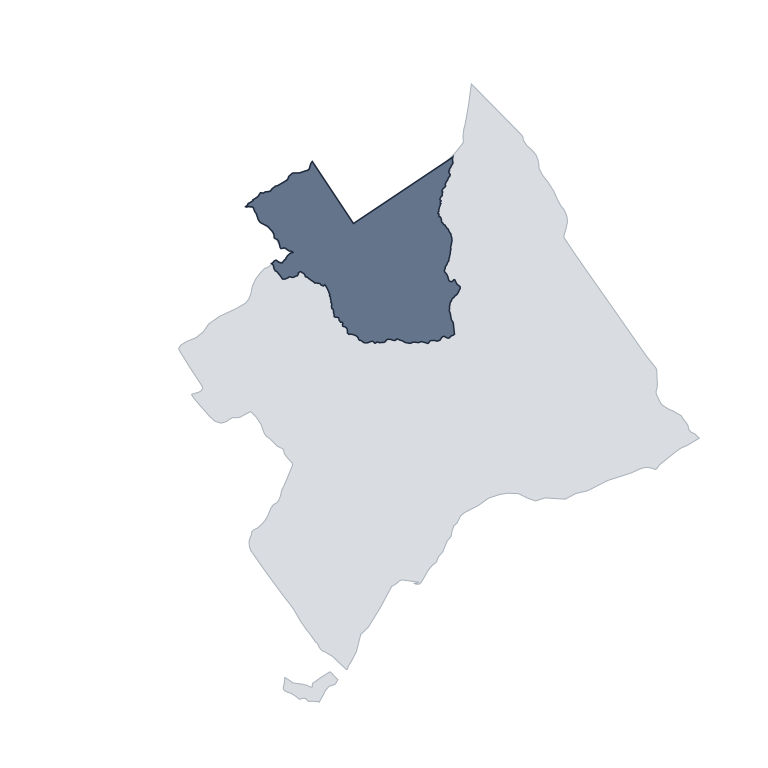 where Moxico sits in Angola, rotated 236°
{"feature_id": "AGO-1892", "entity_name": "Moxico", "entity_type": "Province", "adm_level": 1, "iso_a3": "AGO", "parent_name": "Angola", "parent_adm1": "", "projection": "albers", "projection_center": [20.805, -13.377], "detail": "fine", "context": "in_parent", "style": "filled", "palette": "slate", "viewbox_px": 768, "rotation_deg": 236, "n_neighbors": 0, "source": "natural_earth", "source_scale": "10m", "svg_char_len": 9822}
<svg xmlns="http://www.w3.org/2000/svg" viewBox="0 0 768 768"><g transform="rotate(236 384 384)"><path d="M608.3,368.4L609.1,373.4L609.8,380.3L610.3,385.2L610.9,387.5L611.1,388.6L610.4,389.9L609.8,392.9L608.8,395.5L608.1,397.3L608.6,400.7L607.7,410.6L607.5,415.6L608.7,424.4L608.5,427.1L605.4,435.2L604.5,439.2L604.3,441.3L607.4,447.3L607.2,448.5L604.8,448.9L602.8,448.9L534.1,448.4L533.6,551.4L533.6,560.2L535.7,571.8L539.7,584.5L541.2,585.7L545.2,588.0L550.8,592.8L553.9,596.4L560.3,602.7L568.7,610.7L583.9,624.2L532.5,633.8L512.9,637.4L511.2,637.3L508.2,635.9L501.9,635.7L494.5,637.6L488.7,638.1L484.3,637.2L480.1,635.5L475.9,633.1L468.8,632.2L458.6,632.9L448.7,632.5L439.2,630.9L432.5,630.3L428.4,630.7L424.0,630.2L419.3,628.8L415.4,626.4L410.7,621.5L406.9,616.7L406.0,616.0L404.8,615.3L403.7,615.1L383.4,615.0L259.6,617.2L245.3,618.4L244.2,618.2L242.4,617.7L241.1,616.7L237.0,614.1L233.4,612.1L228.5,608.7L225.3,605.0L222.6,603.9L218.0,603.3L214.5,602.8L211.6,602.7L206.7,604.6L203.0,606.5L200.3,608.4L195.8,610.5L191.9,612.6L185.1,612.6L183.6,612.9L179.8,612.9L176.1,611.3L172.5,611.6L168.6,613.9L162.8,615.0L163.6,600.7L164.8,594.3L164.6,586.7L163.0,567.2L161.9,564.6L161.1,561.4L164.6,558.9L166.4,557.0L168.8,553.7L170.4,549.1L172.1,538.9L178.9,515.6L181.7,492.8L185.9,481.9L187.2,469.8L199.5,453.9L202.3,444.3L208.8,439.4L218.0,434.1L224.5,425.1L227.5,418.8L230.9,407.0L230.5,394.7L232.4,378.2L231.7,373.5L228.0,367.1L227.2,362.4L223.8,357.9L220.2,354.6L218.4,348.4L212.0,338.9L210.2,332.4L207.1,327.8L206.5,322.1L204.7,316.1L201.6,310.1L198.5,303.4L198.4,301.2L200.1,298.6L201.8,297.6L201.3,299.0L200.2,300.5L200.5,301.7L211.6,289.3L212.2,286.9L211.7,284.3L211.6,281.1L211.9,277.3L200.4,255.4L191.2,235.1L189.4,224.7L177.5,211.4L172.7,202.6L169.9,196.5L167.9,194.2L168.6,193.0L171.5,192.5L178.0,190.9L187.0,189.0L195.2,185.1L197.3,183.5L201.7,183.0L206.2,183.8L207.9,183.1L208.8,183.0L219.4,182.7L223.7,182.3L231.8,182.2L237.0,182.3L239.9,182.6L247.8,183.1L257.6,182.7L261.1,182.3L274.0,181.7L298.2,180.8L310.8,180.6L320.5,180.4L324.9,181.7L329.0,184.1L330.8,186.3L331.7,187.2L332.9,189.6L335.2,191.4L336.0,194.3L335.4,198.2L335.8,203.0L337.2,208.5L339.9,214.2L344.0,220.2L345.9,225.0L345.4,228.6L346.7,232.3L349.7,236.3L351.9,238.4L353.2,239.9L356.7,246.0L367.9,262.9L369.5,263.7L371.9,263.4L377.0,262.6L382.1,262.4L385.7,263.9L387.1,263.6L392.5,260.6L397.9,259.7L403.5,258.4L406.4,257.2L409.9,257.1L419.1,259.4L420.8,259.5L428.3,259.5L435.7,258.1L436.8,248.3L436.8,246.4L438.6,242.7L440.9,239.5L441.1,236.4L441.0,232.2L442.6,227.1L447.6,223.0L455.7,221.1L460.3,220.7L467.6,219.6L478.6,218.4L482.7,218.5L483.0,219.1L480.7,226.1L480.7,228.4L481.5,230.7L483.4,232.0L505.3,232.3L526.5,233.1L527.7,233.5L528.6,234.0L529.9,237.5L529.6,244.3L527.5,254.2L528.3,263.5L531.8,272.2L532.1,285.5L529.2,303.4L528.5,314.7L530.1,319.5L533.5,324.4L538.8,329.6L542.8,336.4L545.6,344.7L546.6,349.9L545.8,352.0L545.8,355.7L546.7,361.0L545.7,364.5L542.8,366.2L541.9,368.6L543.3,373.2L543.6,377.3L545.5,380.0L546.9,380.2L549.8,378.7L553.3,376.0L556.0,374.9L560.0,375.0L565.5,375.9L575.2,376.2L578.2,375.8L587.3,372.1L589.6,371.9L593.2,372.3L598.2,373.4L603.4,373.7L605.9,372.6L606.1,371.1L606.9,369.1L608.3,368.4ZM196.1,137.4L195.5,138.0L191.4,139.8L186.9,141.5L181.2,148.0L178.3,150.8L177.5,151.5L174.8,153.1L172.9,154.5L173.0,155.2L174.4,156.0L175.7,157.3L176.0,167.6L175.7,177.8L175.0,178.7L171.3,179.2L166.4,180.0L164.8,180.5L164.2,179.6L162.4,175.9L163.2,172.3L164.1,169.7L162.8,164.3L160.1,159.6L157.2,153.7L156.4,152.5L158.6,150.5L161.8,146.1L163.2,143.8L167.1,143.2L168.5,141.6L169.5,139.1L169.8,137.6L174.2,136.3L179.5,134.0L182.4,131.6L185.4,130.0L187.3,129.9L188.5,130.5L192.1,134.4L195.1,136.8L196.1,137.4Z" fill="#d9dde1" stroke="#a8b0b8" stroke-width="1"/><path d="M534.1,448.4L533.6,561.9L533.6,567.3L533.7,568.1L533.1,567.4L532.1,566.5L531.0,565.8L529.0,565.0L528.5,564.6L528.2,564.1L527.2,561.7L526.3,560.5L526.1,559.7L525.4,558.2L525.1,557.9L524.3,557.7L524.1,557.4L524.1,556.9L523.8,556.3L522.7,556.0L521.6,556.1L520.6,556.0L519.6,555.0L518.8,552.4L517.6,551.0L517.3,550.3L516.8,548.7L516.1,547.6L515.4,546.4L515.1,546.2L513.8,545.9L513.3,545.1L512.9,542.2L512.2,540.5L511.7,540.0L511.1,539.8L510.3,540.1L510.1,539.3L509.7,538.9L508.6,538.4L507.6,537.6L507.4,537.3L507.6,536.8L507.6,536.5L506.5,534.3L505.6,533.4L504.7,533.6L504.0,533.8L503.6,533.4L503.3,532.4L503.0,532.0L502.7,531.8L502.4,531.8L501.8,532.1L501.6,531.5L500.6,530.4L499.9,529.2L496.8,525.9L496.6,525.8L496.3,525.9L496.2,525.7L496.1,525.1L495.3,524.1L494.5,524.6L493.9,524.5L492.8,523.6L492.0,523.2L491.6,523.5L491.4,523.9L490.8,524.1L489.4,523.9L488.1,523.5L486.3,522.4L485.8,522.3L485.5,522.3L484.9,522.7L484.7,522.8L483.6,522.6L483.0,522.6L482.2,523.0L481.6,523.4L481.5,523.5L480.9,523.3L478.3,523.3L476.7,523.8L473.9,523.3L472.6,523.2L471.0,523.4L469.3,522.5L467.4,522.0L464.4,520.3L463.5,519.1L461.7,517.6L460.7,516.2L459.5,515.3L458.6,515.1L458.2,514.5L457.6,514.2L457.0,513.3L454.9,511.7L453.2,509.7L452.2,508.9L451.7,508.0L451.3,507.7L450.3,507.0L449.9,506.6L449.7,506.2L449.3,504.9L448.7,504.0L448.2,503.4L447.9,503.0L447.1,500.8L446.5,500.0L445.5,499.3L444.6,497.9L444.0,497.2L442.8,497.0L439.8,497.4L436.7,496.8L435.0,496.1L433.8,495.8L432.8,495.9L431.9,496.3L431.2,496.9L431.0,497.6L431.0,498.4L431.4,500.1L431.2,500.7L430.5,501.0L428.0,500.5L426.5,500.4L425.3,500.5L422.8,501.4L422.3,501.5L420.9,500.9L420.0,499.6L419.8,498.8L419.1,498.1L418.7,497.1L418.2,496.4L417.9,495.4L417.5,494.8L417.3,493.6L417.5,492.8L417.2,492.1L417.1,491.3L416.5,489.9L416.6,489.5L416.8,488.9L416.8,488.6L416.5,488.0L415.8,487.2L415.4,486.4L415.0,485.9L414.8,485.5L414.8,485.0L414.7,484.8L414.0,483.9L413.6,483.5L412.3,482.5L411.9,481.8L411.5,481.4L410.9,481.2L410.5,481.0L408.2,479.1L407.3,478.8L406.1,478.6L404.7,478.1L400.0,475.9L398.7,475.7L397.9,475.8L396.9,475.8L395.7,475.5L387.1,470.9L386.0,470.5L385.7,468.7L386.3,466.5L386.1,465.5L385.8,464.6L385.7,463.8L386.1,462.9L386.7,462.3L387.9,461.5L389.5,460.8L390.2,460.1L390.4,459.1L390.1,457.5L389.2,455.3L389.0,454.5L389.7,452.8L389.7,452.1L390.4,451.4L391.3,450.8L391.9,450.2L392.5,449.1L393.7,447.4L393.9,446.2L393.2,444.3L393.1,443.5L393.3,442.7L394.2,442.2L397.7,439.2L398.4,438.5L398.6,437.3L398.7,436.6L399.1,435.6L401.4,433.0L402.5,431.3L402.7,430.6L402.6,429.6L403.2,428.2L406.3,425.0L407.2,424.4L409.2,423.6L410.2,422.8L411.4,421.8L413.4,420.6L414.0,420.0L414.2,419.3L413.8,418.3L413.8,417.9L413.9,417.5L414.5,416.7L415.7,415.5L417.0,414.7L418.5,412.9L418.9,412.1L419.2,410.7L418.4,408.9L418.4,407.9L418.7,406.9L419.5,405.7L420.4,403.9L420.9,403.2L422.5,402.1L422.8,401.1L422.6,400.3L422.7,399.5L423.1,399.1L424.9,398.8L425.6,398.5L426.3,397.7L426.7,396.5L427.0,394.6L427.2,393.8L427.6,392.9L428.9,391.1L430.0,390.1L430.9,390.0L432.6,389.4L433.2,389.0L433.9,388.2L434.3,388.0L435.4,388.0L436.3,388.3L438.0,388.3L438.7,388.2L440.8,387.1L442.3,385.9L443.8,384.5L444.2,383.9L444.4,383.2L444.9,382.6L446.4,382.3L447.0,382.3L448.5,383.4L450.3,384.2L450.9,384.3L453.0,383.7L453.4,383.5L454.5,382.4L455.1,382.1L455.6,382.5L456.5,382.7L457.0,383.7L457.3,383.8L458.1,384.0L458.3,384.0L458.8,383.7L459.2,382.9L459.5,382.5L460.9,382.6L461.9,382.4L463.5,383.2L464.5,383.3L465.0,383.0L466.7,380.9L467.5,380.5L467.8,380.4L468.4,380.9L469.2,381.2L469.7,381.6L471.7,382.2L472.1,382.4L472.4,382.9L472.7,383.1L473.4,383.2L474.3,383.5L474.5,383.6L475.5,383.0L476.0,383.0L478.2,384.1L478.6,384.8L479.5,385.4L480.4,385.7L481.2,385.6L481.6,385.7L481.9,386.2L482.2,386.5L484.3,387.1L485.9,388.1L486.3,388.2L487.1,388.1L487.6,388.1L488.1,388.7L488.2,389.1L488.7,389.3L489.5,389.2L490.0,389.3L491.6,389.8L492.6,390.0L493.2,390.0L494.6,390.3L497.7,390.5L499.4,390.4L499.5,390.1L499.5,389.7L499.1,388.8L499.3,388.4L501.4,387.1L502.6,387.2L503.0,387.0L503.5,386.7L503.8,386.4L504.4,385.4L505.7,384.4L506.2,383.6L506.2,383.2L506.4,383.1L508.8,382.5L510.8,381.5L512.3,381.2L513.1,380.6L515.5,380.2L516.0,379.6L516.2,379.2L516.5,379.0L517.3,379.1L517.6,378.9L518.2,379.3L518.8,379.4L519.8,379.4L520.1,379.4L522.4,378.3L523.5,377.9L523.9,377.6L524.1,376.4L523.9,375.8L524.0,374.9L523.4,374.8L523.1,374.6L522.9,374.1L522.4,373.3L522.2,372.8L522.2,372.4L522.7,371.7L522.8,370.2L523.0,369.4L523.0,368.7L523.1,368.3L523.9,367.4L524.3,366.9L525.4,366.1L525.8,365.6L525.7,363.4L526.0,362.6L526.1,361.5L526.5,360.3L527.2,359.2L527.7,358.6L528.1,358.5L528.7,358.5L531.0,358.6L537.1,358.0L537.7,357.8L538.5,357.1L539.3,357.2L540.4,357.2L542.4,357.7L543.6,358.4L544.2,358.6L545.4,358.5L546.8,358.0L546.8,360.2L547.4,361.1L547.2,361.5L547.3,362.9L547.1,363.7L546.8,364.0L545.1,364.4L543.6,365.0L542.0,366.3L541.4,367.1L541.4,367.7L541.7,368.3L542.5,370.9L542.5,372.4L543.3,373.2L543.4,373.8L544.0,374.9L544.3,375.6L544.7,379.0L544.5,380.6L544.0,382.1L544.9,382.1L545.6,381.6L547.3,379.9L547.8,379.5L551.5,378.3L552.6,377.4L553.8,374.3L555.2,374.2L559.4,375.9L560.8,376.3L562.2,376.5L563.6,376.2L565.2,375.2L566.0,374.8L566.9,374.8L569.0,376.2L569.8,376.5L571.2,376.7L572.9,376.8L579.7,375.7L586.3,372.1L587.8,371.6L589.3,371.6L590.8,371.7L596.2,373.3L597.4,373.4L598.9,373.3L600.3,373.5L601.9,374.0L603.3,374.3L604.6,373.8L604.8,373.5L605.4,372.3L606.9,371.2L607.7,368.8L608.4,368.4L608.6,370.3L608.8,370.9L609.5,372.1L609.7,372.6L609.3,374.0L609.3,376.1L609.1,377.6L609.3,378.1L610.0,378.2L609.8,383.6L610.0,384.6L611.6,388.3L611.6,388.7L611.3,389.2L610.1,390.1L609.7,390.7L609.6,391.6L609.6,393.1L609.5,393.5L608.4,395.1L607.7,396.6L607.5,397.4L607.5,398.3L608.5,400.7L608.6,403.5L608.8,404.5L608.7,404.8L607.9,406.7L607.3,416.9L607.5,418.5L608.2,419.7L609.2,420.7L609.5,421.7L609.7,424.0L610.0,425.7L609.9,426.4L609.6,427.0L606.6,431.3L606.1,432.3L604.7,437.8L604.0,439.5L603.7,441.0L604.0,442.2L604.8,443.2L606.7,445.3L607.5,446.4L608.2,447.7L608.6,449.0L534.1,448.4Z" fill="#64748b" stroke="#1e293b" stroke-width="1.5"/></g></svg>